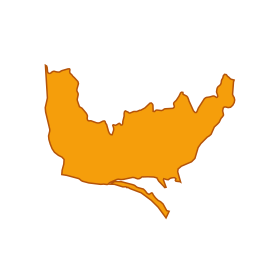 outline of Klaipedos, rotated 285°
{"feature_id": "LTU-935", "entity_name": "Klaipedos", "entity_type": "County", "adm_level": 1, "iso_a3": "LTU", "parent_name": "Lithuania", "parent_adm1": "", "projection": "robinson", "projection_center": [21.636, 55.706], "detail": "fine", "context": "isolated", "style": "filled", "palette": "amber", "viewbox_px": 256, "rotation_deg": 285, "n_neighbors": 0, "source": "natural_earth", "source_scale": "10m", "svg_char_len": 3648}
<svg xmlns="http://www.w3.org/2000/svg" viewBox="0 0 256 256"><g transform="rotate(285 128 128)"><path d="M65.9,76.1L70.1,75.3L76.6,75.3L81.1,74.4L82.8,71.7L83.6,67.8L85.5,63.3L88.3,60.1L92.3,57.1L96.4,54.6L99.8,53.3L104.9,53.2L106.6,52.7L114.0,48.7L122.1,44.3L126.2,42.8L136.1,42.4L141.8,40.5L167.2,32.0L166.8,33.4L165.4,34.3L161.4,35.8L160.6,36.5L160.3,37.5L160.5,38.4L161.1,39.2L162.0,39.7L163.0,40.6L163.7,41.8L163.7,44.7L164.0,46.2L164.3,47.3L165.6,48.5L166.3,49.3L169.5,54.6L170.0,56.0L169.7,56.6L168.7,56.9L167.6,57.0L166.6,57.4L165.8,58.0L165.1,59.5L164.4,60.5L163.9,61.0L162.6,63.4L159.9,67.6L159.0,68.1L157.9,68.7L152.4,68.6L150.9,68.9L150.0,69.5L148.8,70.6L147.9,71.1L146.8,71.3L142.5,71.5L141.3,72.0L136.0,75.6L135.2,78.5L131.4,83.9L130.2,85.0L129.2,85.7L126.6,86.1L125.2,86.9L124.8,87.8L124.8,88.5L125.1,89.4L125.4,90.3L124.9,96.1L125.0,97.4L125.4,98.7L125.9,99.5L127.9,101.7L128.4,102.5L128.7,103.6L128.2,104.3L126.6,105.3L126.2,106.0L125.7,106.5L119.8,110.0L118.3,111.2L117.6,112.1L117.2,112.7L117.2,113.5L117.4,114.4L122.1,114.7L123.1,114.5L124.5,114.0L126.6,112.6L127.2,112.8L127.4,113.5L127.3,114.4L127.4,115.3L128.7,116.8L129.6,117.5L130.1,118.1L130.3,118.7L129.9,119.3L129.3,120.0L129.0,120.6L129.5,121.5L130.4,121.7L131.7,121.6L133.0,121.3L138.4,121.2L141.0,120.5L142.8,120.4L143.6,120.8L143.9,121.3L143.6,122.1L143.5,122.9L143.4,123.7L143.2,124.4L142.8,125.2L142.9,126.0L145.1,128.8L145.5,129.5L145.7,130.2L146.2,132.2L146.8,133.0L147.6,134.0L148.1,134.6L148.4,135.6L151.7,139.1L157.7,142.8L158.2,144.0L157.8,144.8L157.2,145.7L156.4,146.2L150.6,148.0L150.8,149.4L152.4,150.4L152.8,151.2L153.5,155.8L154.2,156.9L155.8,158.2L156.3,159.3L158.6,166.2L159.8,167.2L161.0,167.1L162.9,165.9L163.9,165.7L165.0,166.1L167.3,167.5L171.8,169.0L175.5,169.7L176.2,170.2L176.5,170.6L176.6,171.8L174.8,172.5L174.0,176.4L173.2,177.6L171.7,178.8L169.8,180.0L161.4,186.9L160.3,188.8L160.6,189.9L161.9,190.4L165.4,190.8L176.1,194.2L177.1,195.0L177.8,195.8L179.2,199.0L180.9,201.8L181.1,202.6L181.1,203.4L180.4,205.6L180.9,206.3L181.9,206.5L183.3,205.8L185.3,204.4L186.1,204.1L189.0,203.8L190.1,203.9L191.2,204.3L193.3,205.8L194.5,206.2L195.7,206.3L198.1,206.0L199.1,206.1L200.0,206.4L200.9,206.6L202.0,206.6L202.9,206.5L204.8,207.3L205.0,209.0L204.6,209.7L203.7,210.7L203.2,212.1L202.0,214.2L201.8,215.1L201.8,218.1L199.7,218.0L187.5,220.3L186.1,221.4L184.8,222.7L182.7,223.8L180.1,224.0L177.1,223.3L174.6,221.7L173.6,219.4L173.6,217.1L173.2,215.5L171.9,214.8L169.0,215.0L166.0,216.6L165.1,216.9L164.0,216.6L161.2,215.3L157.3,214.6L155.1,213.5L151.3,211.1L143.5,209.9L141.6,208.7L139.7,206.9L131.8,202.4L127.2,200.8L115.9,200.5L111.8,198.1L104.9,189.4L101.4,187.0L98.6,187.3L89.4,192.8L89.6,192.1L89.1,188.9L89.1,187.8L89.8,187.2L90.6,187.4L91.4,187.4L92.1,185.9L91.8,184.8L91.1,183.1L90.2,181.7L89.4,181.0L88.5,180.4L88.2,178.9L88.3,175.7L87.1,175.6L80.6,180.1L80.0,179.0L80.0,178.7L80.3,178.6L84.6,171.5L85.6,170.4L87.3,168.8L87.3,165.4L86.0,159.7L84.7,155.4L84.5,154.3L84.0,153.9L82.9,153.0L81.9,151.9L81.4,150.5L81.5,148.8L81.7,147.7L81.7,146.6L81.4,145.1L77.3,137.1L76.4,134.6L76.1,132.0L75.4,130.5L70.8,124.8L69.7,123.9L68.7,123.4L68.0,122.5L67.5,119.0L66.5,116.2L64.8,104.3L64.8,98.0L65.1,96.5L66.1,94.5L66.4,93.2L66.4,81.1L65.9,76.1ZM58.2,189.3L51.0,188.0L59.4,177.5L64.2,169.1L68.8,157.5L70.0,145.6L70.7,143.2L70.1,142.5L70.7,141.2L69.8,138.3L70.1,129.5L69.2,125.6L72.8,128.9L74.4,135.2L74.5,147.5L74.3,149.3L73.2,151.7L73.0,153.4L73.0,158.7L71.7,161.0L69.9,163.3L69.3,165.5L71.4,167.5L71.4,168.4L69.8,169.8L67.7,172.5L65.9,175.7L65.2,178.6L63.7,181.5L58.2,186.8L58.2,189.3Z" fill="#f59e0b" stroke="#b45309" stroke-width="1.5"/></g></svg>